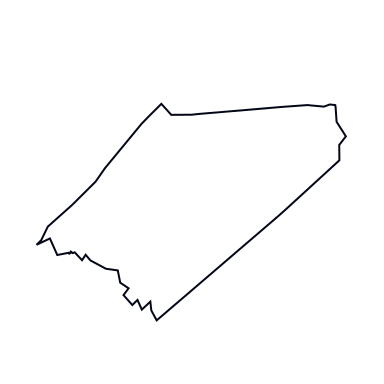 the district of Nash, North Carolina, United States of America, rotated 201°
{"feature_id": "52423323B12414310346130", "entity_name": "Nash", "entity_type": "district", "adm_level": 2, "iso_a3": "USA", "parent_name": "United States of America", "parent_adm1": "North Carolina", "projection": "albers", "projection_center": [-77.97, 35.965], "detail": "fine", "context": "isolated", "style": "outline", "palette": "ink", "viewbox_px": 384, "rotation_deg": 201, "n_neighbors": 0, "source": "geoboundaries", "source_scale": "gbopen_adm2", "svg_char_len": 942}
<svg xmlns="http://www.w3.org/2000/svg" viewBox="0 0 384 384"><g transform="rotate(201 192 192)"><path d="M65.9,274.1L65.8,274.5L71.4,288.7L68.3,299.1L82.2,309.4L88.5,323.0L88.8,323.2L88.9,323.5L89.0,323.7L89.2,324.2L89.4,324.5L94.7,323.1L99.4,319.0L112.1,315.4L115.2,314.6L139.3,303.3L139.9,303.0L213.0,267.6L220.1,264.0L239.0,256.6L252.2,263.3L259.6,246.8L263.6,237.4L281.8,183.0L285.7,167.2L299.2,137.1L314.2,108.0L315.5,92.9L318.2,87.0L308.0,97.7L295.2,84.9L285.6,90.9L284.7,90.4L284.4,90.5L284.0,91.0L283.9,91.6L283.9,92.9L283.1,92.9L282.0,92.1L281.9,92.1L281.7,92.2L281.4,92.3L281.0,92.6L280.7,92.8L280.6,93.0L280.2,93.5L279.8,93.6L270.2,88.9L268.8,95.3L262.3,91.7L244.9,89.5L233.2,92.2L226.5,81.6L216.7,79.4L219.0,71.2L207.2,65.1L204.2,71.7L196.7,64.2L191.6,74.7L187.5,66.8L179.0,59.5L158.4,97.5L158.2,97.9L104.3,197.7L104.3,197.8L104.2,197.8L98.6,208.6L66.1,273.7L65.9,274.1Z" fill="none" stroke="#020617" stroke-width="2"/></g></svg>